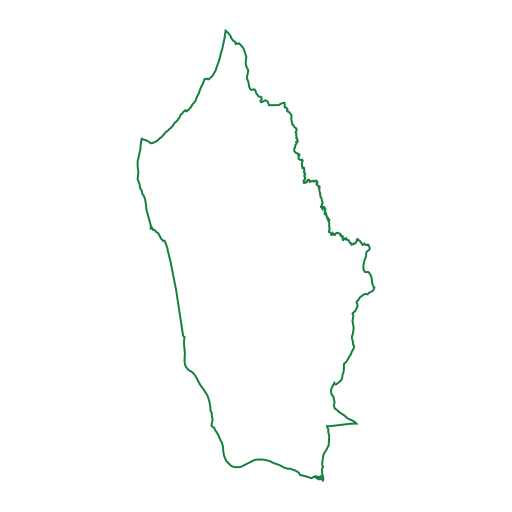 San Vicente, Manabi, Ecuador (Equal Earth projection)
{"feature_id": "8360857B32619791172197", "entity_name": "San Vicente", "entity_type": "district", "adm_level": 2, "iso_a3": "ECU", "parent_name": "Ecuador", "parent_adm1": "Manabi", "projection": "equal_earth", "projection_center": [-80.343, -0.465], "detail": "fine", "context": "isolated", "style": "outline", "palette": "green", "viewbox_px": 512, "rotation_deg": 0, "n_neighbors": 0, "source": "geoboundaries", "source_scale": "gbopen_adm2", "svg_char_len": 6077}
<svg xmlns="http://www.w3.org/2000/svg" viewBox="0 0 512 512"><path d="M374.4,287.7L373.7,287.1L372.5,284.0L371.9,281.5L372.0,280.3L371.6,278.1L370.9,275.8L369.1,272.8L368.3,272.0L365.4,272.1L364.8,271.8L363.9,270.4L363.7,269.3L363.3,268.7L363.5,264.6L364.5,260.2L366.0,256.7L366.3,252.4L367.3,251.2L368.6,250.3L369.7,249.0L369.5,247.3L368.5,244.9L367.9,244.6L367.4,245.1L366.9,244.8L366.1,245.1L365.4,244.5L364.9,244.5L364.3,243.6L362.8,245.1L361.7,244.0L361.6,243.0L360.9,242.5L359.8,240.7L358.5,240.2L357.5,239.0L356.9,239.5L356.9,241.0L356.2,241.6L355.4,243.4L353.7,243.4L353.3,244.3L352.5,244.2L351.5,244.7L351.2,243.4L350.3,243.2L349.4,242.1L348.8,240.3L346.3,239.6L346.2,238.4L345.1,239.2L344.5,238.6L343.9,238.8L343.2,240.0L342.9,240.0L342.5,238.4L342.9,236.6L342.2,236.1L341.2,236.2L341.1,235.3L340.5,235.4L340.1,233.7L339.3,233.6L338.1,232.9L336.6,232.9L335.8,233.5L334.9,234.9L334.3,234.2L333.5,234.5L333.4,233.9L332.9,233.3L332.7,234.5L331.4,235.0L331.2,234.8L331.3,233.7L329.8,232.2L329.0,232.0L328.9,231.6L329.3,230.7L329.2,229.8L329.7,228.4L329.1,226.3L329.3,223.5L329.0,221.9L328.4,221.0L329.2,220.2L329.3,219.8L328.0,219.9L327.5,219.3L327.5,218.9L328.1,218.1L327.9,217.7L327.2,217.7L326.7,217.0L326.8,215.9L326.0,214.8L326.1,213.6L325.7,213.3L324.8,213.9L324.6,213.5L325.3,212.2L324.6,211.1L325.3,210.2L324.4,209.7L325.1,208.4L324.7,208.1L324.3,208.3L324.2,206.9L323.2,206.8L322.4,207.2L322.1,208.5L321.5,207.4L320.9,207.0L320.9,206.6L321.8,206.1L321.9,204.7L322.1,203.7L322.6,203.1L322.6,202.3L321.9,200.6L321.6,198.4L320.5,197.1L320.6,195.8L320.0,194.6L320.3,193.5L319.5,191.5L319.3,189.3L318.9,188.5L319.0,188.0L319.7,187.6L319.7,187.1L319.2,186.4L318.0,186.0L317.2,185.1L317.2,183.8L316.9,184.2L316.5,184.1L316.6,183.0L317.3,182.2L317.0,181.2L316.3,180.7L315.6,181.0L314.4,180.7L313.7,181.6L312.6,180.9L309.7,181.9L309.5,181.7L309.7,180.7L309.5,180.1L308.0,179.8L307.3,180.2L307.0,181.7L306.2,181.7L305.8,182.7L305.0,182.6L304.0,183.1L303.8,182.8L303.6,180.8L304.6,179.6L305.2,177.8L304.3,176.1L304.3,175.5L305.3,174.4L305.1,173.8L304.4,173.3L304.5,172.3L303.9,172.0L304.4,170.4L303.9,167.7L303.4,167.5L302.6,168.1L302.3,167.6L301.8,163.6L302.7,160.6L302.0,159.6L301.2,160.2L298.7,159.1L298.5,158.5L298.6,157.9L298.4,155.7L299.5,155.4L299.5,154.8L298.9,154.5L298.4,153.6L296.8,153.5L295.3,152.3L294.2,151.0L294.3,148.7L295.2,147.1L295.3,145.1L296.6,143.5L296.1,141.9L296.7,141.5L297.7,141.5L297.1,138.6L296.3,138.3L296.6,136.9L296.1,135.1L296.4,133.8L295.6,132.4L295.9,131.4L296.7,130.6L296.3,128.4L294.7,127.5L293.6,125.6L292.2,124.4L292.3,123.5L291.2,119.2L291.5,117.7L291.4,115.1L290.7,114.4L289.4,112.2L287.9,111.7L287.4,111.2L287.0,110.1L287.5,109.7L287.6,109.2L286.5,108.1L286.1,107.4L284.9,107.5L284.6,105.2L284.8,104.9L284.8,103.9L284.5,102.8L282.8,103.0L280.4,104.0L278.7,105.1L269.0,105.2L267.6,101.5L265.4,100.3L261.5,102.2L260.9,102.1L260.6,101.8L260.5,100.8L261.6,99.1L261.8,98.4L261.5,97.4L261.0,96.9L258.7,96.5L256.1,93.1L255.4,90.4L254.8,89.6L253.9,89.4L251.2,89.9L250.2,88.9L249.1,86.6L248.5,82.5L247.1,78.7L246.9,77.1L248.2,71.7L248.0,69.8L246.5,66.9L245.8,64.7L245.7,62.2L246.3,56.8L243.9,49.3L242.2,46.6L239.0,43.3L237.4,43.9L236.5,43.3L235.8,43.9L235.0,41.8L232.6,40.1L231.9,38.8L231.0,37.9L231.0,37.0L229.3,34.4L227.3,32.0L225.6,30.7L224.6,37.8L222.0,50.0L220.9,53.2L219.7,58.6L215.4,70.9L212.6,75.6L209.2,78.9L208.2,79.4L206.9,78.6L205.8,79.1L204.9,78.9L204.4,79.4L202.8,83.9L200.8,87.6L198.7,93.5L197.1,96.4L195.0,101.8L192.1,104.7L191.6,106.2L189.9,108.4L187.0,111.2L186.6,111.4L185.6,110.2L183.2,112.0L182.1,113.8L180.6,114.7L180.0,116.5L177.6,120.2L176.1,121.8L174.8,122.5L173.4,125.0L171.0,127.9L169.8,128.6L168.3,130.3L165.6,132.3L161.5,137.2L160.2,137.9L157.0,141.0L152.5,143.1L150.8,143.2L150.3,143.1L148.4,141.3L147.1,141.0L145.4,140.0L143.2,139.6L142.1,138.6L141.7,138.7L140.8,143.5L140.3,149.7L137.7,161.0L137.6,166.1L138.4,173.0L137.6,179.1L139.4,183.7L140.2,188.4L141.6,190.3L142.4,194.0L143.7,195.6L145.1,199.3L146.1,205.5L146.3,209.1L151.0,226.3L150.6,228.5L151.0,228.8L152.3,228.0L153.2,230.0L154.9,230.2L156.1,231.9L157.3,232.5L158.5,233.6L161.1,238.7L163.4,241.0L164.2,240.7L164.9,241.4L167.5,248.3L167.6,250.0L170.5,261.6L176.1,289.9L183.1,335.6L183.6,336.5L184.5,337.0L183.9,342.7L184.9,353.2L184.5,360.7L185.0,364.6L186.0,366.9L188.1,369.7L192.2,372.2L194.5,374.6L196.9,378.4L198.3,381.4L200.3,385.1L203.3,388.9L207.2,395.2L208.1,397.3L209.4,401.6L210.4,407.2L210.5,411.0L211.3,411.9L211.8,413.2L211.9,416.2L212.6,419.2L211.6,424.5L211.6,426.0L213.3,427.3L214.3,427.7L214.7,429.3L218.2,434.7L220.8,440.9L221.8,442.2L223.0,447.0L223.4,452.3L224.0,455.6L226.2,460.9L231.0,465.8L234.2,467.1L239.7,467.1L241.4,466.6L254.9,459.8L259.6,459.5L264.1,459.7L269.9,461.1L272.9,462.8L279.3,465.0L284.0,467.6L287.3,468.6L289.8,468.7L295.1,470.4L298.7,472.6L300.0,474.8L300.9,475.2L305.0,476.1L311.6,478.2L314.1,476.6L315.5,476.2L318.6,477.0L320.0,476.7L321.6,475.8L322.2,475.9L322.9,476.6L322.1,473.1L322.0,468.7L323.1,466.7L322.4,465.4L322.1,463.8L323.3,455.3L324.7,452.4L326.8,449.2L327.7,446.9L328.4,446.2L328.7,445.1L329.2,435.8L328.2,432.0L328.4,429.5L327.3,427.5L327.1,426.1L329.9,426.2L349.8,423.8L356.4,423.6L355.1,422.2L352.1,420.4L347.8,418.5L345.0,416.0L337.9,411.2L337.7,410.5L337.0,409.9L334.7,408.5L333.9,405.4L334.6,402.0L334.0,400.2L333.5,396.8L332.0,395.0L331.3,393.6L331.0,391.2L331.1,389.6L331.6,388.1L334.3,383.0L334.7,383.9L335.3,384.3L336.3,384.3L340.2,381.1L342.1,378.7L342.5,375.0L343.3,373.0L343.8,370.5L344.0,363.9L346.7,361.3L350.2,355.1L351.1,354.1L351.6,352.1L353.9,348.1L354.1,346.8L353.2,344.5L352.8,341.3L351.9,338.0L352.0,336.5L353.0,333.1L353.7,327.7L352.5,321.3L353.4,315.5L352.5,313.7L353.1,312.7L354.4,311.9L355.2,311.0L357.4,306.9L357.5,304.3L356.6,302.6L356.7,301.6L358.5,299.9L359.9,297.4L363.1,295.0L365.2,293.9L367.6,294.3L369.0,292.8L372.2,291.3L373.4,290.1L374.4,287.7ZM323.0,481.3L322.9,477.8L322.7,477.1L322.2,476.4L321.4,476.3L318.6,477.5L316.0,477.0L315.2,477.2L318.7,479.3L320.3,479.2L321.0,478.6L322.0,479.0L323.0,481.3Z" fill="none" stroke="#15803d" stroke-width="2"/></svg>